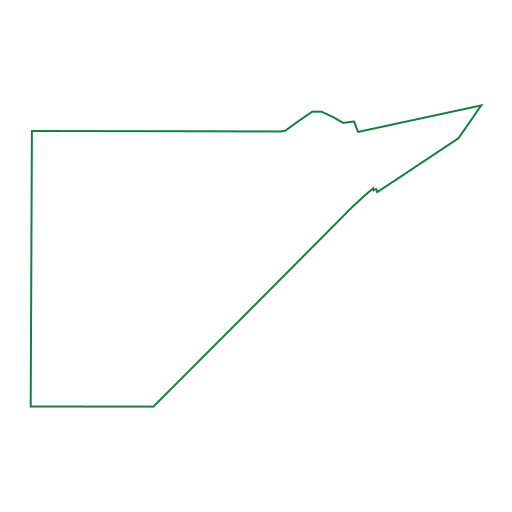 Al Golid, Northern, Sudan
{"feature_id": "16777658B20227076213030", "entity_name": "Al Golid", "entity_type": "district", "adm_level": 2, "iso_a3": "SDN", "parent_name": "Sudan", "parent_adm1": "Northern", "projection": "natural_earth1", "projection_center": [29.801, 17.722], "detail": "fine", "context": "isolated", "style": "outline", "palette": "green", "viewbox_px": 512, "rotation_deg": 0, "n_neighbors": 0, "source": "geoboundaries", "source_scale": "gbopen_adm2", "svg_char_len": 696}
<svg xmlns="http://www.w3.org/2000/svg" viewBox="0 0 512 512"><path d="M437.9,151.9L458.6,138.1L459.8,136.3L461.3,134.2L473.1,117.2L480.1,107.0L481.3,105.4L358.1,131.9L356.7,128.5L355.8,126.0L355.6,125.5L355.4,124.9L354.6,123.0L354.0,121.5L343.2,122.9L332.9,117.0L321.5,111.7L312.3,111.7L298.8,120.9L285.2,130.8L280.1,131.5L264.3,131.4L247.4,131.4L215.3,131.3L166.0,131.2L103.9,131.1L36.7,131.0L33.1,131.0L32.3,131.0L31.9,131.0L30.7,405.9L30.7,406.4L30.7,406.5L111.5,406.6L153.4,406.6L154.4,405.6L235.2,324.7L266.4,293.4L333.9,225.5L352.2,207.0L365.9,194.5L373.2,188.3L373.6,190.1L374.0,189.7L376.2,189.1L377.2,192.1L389.9,183.8L437.9,151.9Z" fill="none" stroke="#15803d" stroke-width="2"/></svg>